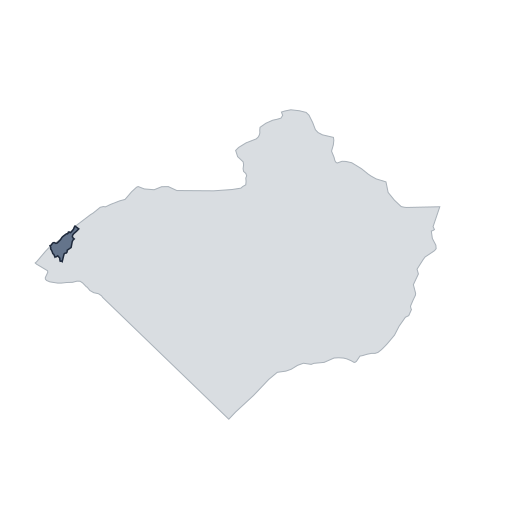 where Kanungu sits in Uganda, rotated 44°
{"feature_id": "UGA-3377", "entity_name": "Kanungu", "entity_type": "District", "adm_level": 1, "iso_a3": "UGA", "parent_name": "Uganda", "parent_adm1": "", "projection": "mercator", "projection_center": [29.677, -0.754], "detail": "fine", "context": "in_parent", "style": "filled", "palette": "slate", "viewbox_px": 512, "rotation_deg": 44, "n_neighbors": 0, "source": "natural_earth", "source_scale": "10m", "svg_char_len": 3183}
<svg xmlns="http://www.w3.org/2000/svg" viewBox="0 0 512 512"><g transform="rotate(44 256 256)"><path d="M349.8,392.3L343.6,392.3L333.4,392.3L323.2,392.3L313.0,392.3L302.9,392.3L292.7,392.3L282.5,392.3L272.3,392.3L262.1,392.3L251.9,392.3L241.8,392.3L231.6,392.3L221.4,392.3L211.2,392.3L201.0,392.3L190.9,392.3L180.7,392.3L174.7,392.3L173.4,392.1L172.6,391.9L168.8,392.6L164.8,395.1L160.6,396.2L156.0,395.7L155.5,396.0L153.2,395.9L149.9,395.8L146.9,396.4L144.6,398.6L142.3,402.4L138.1,406.7L134.9,410.6L132.1,413.3L125.7,417.8L122.3,419.1L120.5,418.9L119.5,418.0L117.5,412.3L116.3,411.4L103.9,414.3L102.0,414.4L102.2,412.6L101.3,399.1L101.2,390.9L102.8,385.7L103.7,379.7L103.8,374.5L106.1,365.5L105.3,360.2L108.2,341.4L109.0,338.3L110.1,329.2L111.9,326.4L113.5,325.3L115.6,319.8L119.7,310.9L122.5,306.3L121.9,296.3L122.3,289.5L123.0,287.9L129.0,285.4L136.7,279.1L140.0,271.7L144.7,267.0L153.6,263.9L180.3,238.5L192.6,224.8L198.0,217.7L198.2,215.2L199.2,211.9L197.1,209.3L194.5,207.0L193.6,204.8L191.4,203.7L188.3,203.8L186.1,202.2L183.8,199.1L181.4,197.2L173.8,197.3L168.0,194.2L168.1,189.9L170.3,181.4L174.8,171.7L175.0,169.1L174.4,166.8L173.3,164.8L171.3,162.9L169.5,160.6L170.9,153.6L173.7,146.7L176.0,143.3L178.2,139.5L177.5,136.3L174.3,134.8L176.0,131.7L179.5,126.6L186.3,121.4L192.3,117.9L196.3,117.9L204.0,120.6L211.0,123.9L214.9,124.1L219.6,122.7L229.3,116.9L231.6,118.7L234.4,122.3L237.5,128.1L243.6,130.8L246.5,132.6L248.6,133.1L249.8,132.7L252.1,128.1L254.9,125.6L260.1,122.4L271.5,119.9L279.6,119.2L283.1,118.6L288.8,117.1L298.0,112.4L306.9,118.5L316.7,119.7L326.1,119.6L329.0,117.8L330.7,116.4L340.6,106.4L354.0,92.9L363.0,111.9L366.0,113.0L365.6,114.7L364.8,116.3L370.7,120.9L377.9,123.3L380.5,125.6L380.7,128.2L378.3,139.3L378.7,142.4L381.0,153.6L385.3,156.1L389.1,167.3L396.8,172.0L397.9,173.4L399.7,178.8L402.0,184.8L403.9,186.1L405.0,186.5L407.3,192.8L406.0,196.3L407.7,207.1L410.6,216.7L411.4,228.2L411.4,233.3L411.3,236.4L410.7,240.7L409.3,243.3L406.8,245.7L404.1,249.6L401.8,253.7L400.3,255.8L401.4,262.0L401.1,263.6L400.5,264.4L397.0,265.3L392.6,267.0L389.9,268.6L386.1,271.8L383.0,275.2L378.9,285.2L372.2,293.0L371.0,295.6L364.6,300.2L361.8,305.9L360.0,313.0L357.5,318.0L352.1,324.9L350.9,335.8L351.1,357.7L349.7,382.5L349.8,392.3Z" fill="#d9dde1" stroke="#a8b0b8" stroke-width="1"/><path d="M100.6,391.6L100.9,391.1L101.1,390.6L101.0,389.7L100.8,388.6L100.8,388.1L100.8,387.5L101.5,386.5L103.2,386.0L103.8,385.2L104.0,384.4L104.1,380.9L104.0,379.7L103.5,377.5L103.5,376.3L104.2,371.8L104.4,371.5L104.8,371.2L105.0,371.0L105.1,370.5L105.0,370.2L104.5,369.6L104.4,369.2L104.7,368.6L105.2,368.4L105.8,368.4L106.3,368.1L106.4,367.3L106.2,363.8L105.9,362.9L105.3,361.6L105.2,361.3L105.0,360.2L109.7,359.6L109.7,363.0L109.4,366.4L109.6,368.3L110.6,369.8L112.0,370.1L113.4,370.0L113.3,371.7L113.8,373.3L117.1,378.3L116.2,383.0L117.3,384.3L117.5,385.6L116.7,386.6L116.5,387.8L120.5,394.7L119.5,394.8L118.8,395.8L117.5,395.0L116.3,393.8L113.2,393.6L112.9,395.3L112.3,395.8L112.2,396.5L109.5,395.3L108.2,395.4L107.3,395.0L106.7,394.6L104.3,393.7L103.6,393.7L103.1,393.4L102.8,392.7L102.2,392.3L100.6,391.6Z" fill="#64748b" stroke="#1e293b" stroke-width="1.5"/></g></svg>